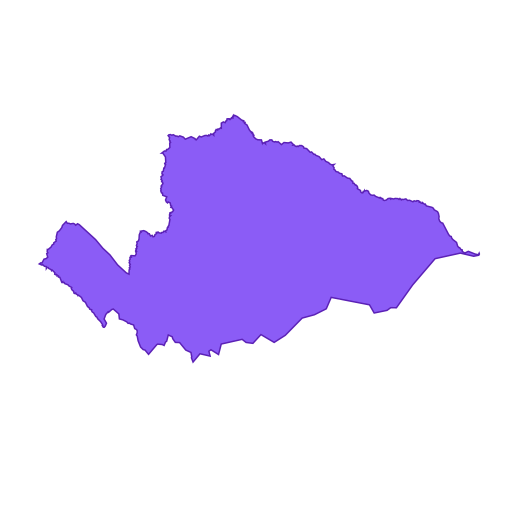 outline of Nakonde, Muchinga, Zambia, rotated 133°
{"feature_id": "96606910B77888556336058", "entity_name": "Nakonde", "entity_type": "district", "adm_level": 2, "iso_a3": "ZMB", "parent_name": "Zambia", "parent_adm1": "Muchinga", "projection": "natural_earth1", "projection_center": [32.444, -9.465], "detail": "fine", "context": "isolated", "style": "filled", "palette": "violet", "viewbox_px": 512, "rotation_deg": 133, "n_neighbors": 0, "source": "geoboundaries", "source_scale": "gbopen_adm2", "svg_char_len": 6164}
<svg xmlns="http://www.w3.org/2000/svg" viewBox="0 0 512 512"><g transform="rotate(133 256 256)"><path d="M226.9,402.4L227.9,402.4L228.3,400.0L230.2,398.8L230.5,397.2L231.3,396.9L231.2,396.0L232.5,395.9L235.4,393.0L238.5,393.3L239.1,394.0L240.7,393.4L241.7,394.6L245.0,395.1L244.3,394.4L245.3,389.8L249.2,385.7L250.5,386.0L250.9,385.5L250.7,384.6L254.2,382.9L254.6,383.4L257.2,381.6L258.4,382.1L260.1,380.8L260.0,379.5L260.6,379.2L262.8,379.6L264.0,377.8L264.8,377.7L264.8,376.1L266.0,375.7L265.8,374.6L266.6,373.4L269.6,373.1L269.7,372.2L271.8,371.6L272.3,370.5L273.3,370.1L274.3,368.1L273.8,367.3L275.2,365.6L273.6,361.6L276.7,360.4L277.6,358.5L277.5,356.9L276.4,357.1L275.7,354.9L277.4,352.7L277.1,351.8L278.4,351.4L277.9,350.9L278.6,347.6L280.6,347.2L283.0,348.3L283.2,347.5L283.8,347.9L285.1,347.2L285.4,346.6L284.8,345.9L286.6,345.9L287.7,345.0L287.9,343.9L293.2,340.5L294.4,340.5L294.7,339.9L295.9,340.1L297.5,338.9L299.5,339.3L299.9,338.6L300.6,340.3L302.2,340.1L303.1,341.0L304.0,340.9L305.3,342.9L305.2,343.9L306.8,345.0L307.2,344.0L309.2,344.5L311.0,343.7L312.2,344.4L311.7,346.0L313.3,346.8L312.5,349.2L313.4,350.2L312.9,350.8L313.2,353.2L314.0,355.4L316.7,357.4L317.0,356.4L317.5,356.8L320.0,355.9L323.4,353.1L325.3,352.3L327.0,352.8L328.1,351.3L329.8,350.7L330.1,349.3L330.7,349.5L331.9,348.3L332.8,348.7L333.1,347.8L334.0,347.7L334.1,346.6L334.9,346.9L335.4,345.7L336.5,344.9L338.4,344.6L340.8,347.6L341.5,347.6L341.9,346.4L343.0,347.2L344.3,345.8L345.6,345.7L346.4,344.4L347.4,344.2L347.9,342.2L349.0,342.2L349.8,340.5L351.1,340.6L351.5,339.4L352.7,339.3L355.9,336.5L356.8,339.4L356.9,351.1L354.8,363.6L354.8,373.3L353.4,384.5L353.6,406.6L354.1,408.5L356.5,408.9L356.3,410.5L356.8,411.9L359.1,413.6L359.6,415.1L360.8,416.3L360.3,418.3L365.6,418.4L367.7,417.4L371.7,417.0L374.1,417.5L378.1,415.2L379.5,413.6L380.6,413.6L381.3,412.3L384.2,412.9L385.1,412.1L386.9,412.6L389.2,412.0L393.1,412.5L393.5,413.1L395.2,411.7L395.7,410.4L397.0,410.7L398.9,407.5L401.0,407.7L402.9,408.9L407.0,407.8L407.9,408.8L409.6,409.1L408.6,406.3L407.8,406.1L407.8,403.7L406.7,402.1L408.1,400.8L406.9,401.0L406.2,400.1L406.5,399.2L405.7,396.5L406.2,395.5L405.3,395.4L405.4,391.7L406.6,390.8L406.2,389.5L405.6,389.4L405.6,388.5L406.3,387.9L405.3,386.9L406.1,386.1L405.4,384.9L407.7,380.1L406.5,379.8L407.1,379.0L406.2,378.2L406.6,376.9L405.3,374.0L405.5,372.5L404.7,369.3L405.8,368.9L406.3,367.3L406.2,365.4L407.3,363.7L407.0,362.9L406.0,362.6L406.5,361.5L405.9,359.5L406.4,359.2L405.6,358.4L405.4,355.4L406.7,352.0L406.2,349.2L407.9,344.7L407.6,342.8L408.3,341.4L407.4,339.6L408.0,339.3L408.6,337.6L408.3,336.0L409.5,331.9L409.2,330.8L409.9,328.9L410.0,324.8L410.8,321.7L411.3,320.7L411.7,320.9L412.2,319.1L411.7,318.4L410.2,318.4L407.1,319.5L405.7,324.1L401.2,326.0L397.6,326.1L397.7,325.4L393.5,325.0L392.1,324.2L391.9,316.8L395.2,313.0L393.5,309.8L392.3,305.6L392.5,303.6L391.3,302.6L391.4,301.6L389.9,298.5L391.8,295.2L391.3,293.2L391.7,291.9L393.4,290.4L395.3,289.7L395.6,288.2L398.4,284.4L401.3,278.3L401.4,274.7L400.5,273.0L401.2,267.5L388.4,268.1L387.5,267.8L384.7,264.2L384.1,262.2L380.6,263.5L379.3,263.2L373.6,266.3L372.2,262.2L373.3,260.4L374.2,256.1L371.4,252.8L372.7,243.2L370.9,237.8L373.5,234.3L374.5,233.8L376.5,229.7L365.7,230.3L360.5,221.3L357.8,225.5L355.3,225.0L353.6,216.2L344.1,221.4L326.4,209.3L326.0,204.3L322.0,198.7L310.1,198.8L306.8,183.8L294.0,180.5L269.9,179.9L259.1,173.2L246.7,168.6L235.0,172.8L214.3,139.7L217.1,130.7L206.4,123.1L201.9,122.2L198.1,118.0L170.3,121.7L135.8,123.2L114.5,108.5L107.7,96.6L103.5,93.6L102.2,94.0L101.8,94.7L103.4,94.2L105.1,97.0L107.8,103.9L111.4,105.3L112.0,108.2L110.9,109.4L111.5,110.5L111.0,112.8L111.5,113.4L111.3,115.2L109.3,118.6L109.7,123.2L109.5,124.9L108.6,126.5L109.2,127.7L108.9,129.8L104.6,141.9L105.3,143.1L105.3,145.2L104.1,147.7L102.3,149.0L100.4,151.7L99.8,153.5L100.7,157.3L100.1,158.8L100.4,160.5L103.2,165.6L102.6,167.6L103.2,167.8L103.4,170.3L103.8,169.9L104.7,171.4L104.3,172.3L105.3,173.2L104.7,173.6L104.7,174.7L105.8,176.1L106.8,176.2L107.8,178.0L109.3,178.2L110.5,181.7L112.0,183.0L112.0,185.3L114.5,187.0L114.9,187.9L115.9,188.0L115.8,190.0L117.1,190.0L117.2,191.3L119.0,193.5L120.5,194.3L121.5,196.1L122.5,196.2L122.2,197.2L123.9,198.6L126.3,198.9L127.9,200.0L128.3,201.0L127.6,202.5L128.5,203.5L128.2,204.5L128.5,205.2L129.2,205.0L130.8,209.1L130.9,211.2L132.2,212.2L133.1,213.9L132.9,216.5L132.0,217.9L132.5,219.7L134.7,221.0L134.4,221.3L135.8,221.1L135.9,221.5L137.0,221.0L137.7,221.8L137.7,223.2L136.8,224.3L137.6,227.8L136.5,228.4L135.9,229.6L135.9,231.4L136.4,231.7L136.0,233.9L136.7,234.6L135.4,236.3L135.8,237.3L135.3,240.3L136.6,242.1L137.2,246.1L138.5,247.3L137.3,249.3L138.6,251.4L138.5,253.0L139.7,255.1L139.2,256.8L139.5,258.1L138.1,259.2L137.9,260.7L137.3,261.4L135.8,261.3L137.7,262.8L138.3,264.8L138.2,266.7L139.2,269.4L138.7,272.6L140.7,273.6L140.3,277.6L141.6,281.0L141.4,282.4L142.2,283.0L142.0,286.3L143.2,287.0L142.9,292.2L144.4,294.6L143.7,295.8L144.1,297.9L145.6,299.6L147.2,299.8L147.5,300.9L148.2,300.9L148.9,302.1L148.7,303.7L149.5,304.4L149.0,304.4L148.8,308.1L151.3,309.5L153.9,312.9L157.2,313.4L157.3,317.8L158.3,318.2L159.0,319.8L159.9,320.1L160.8,322.1L160.3,323.6L161.7,325.1L163.5,325.2L166.4,326.9L167.4,325.7L167.3,327.2L168.3,327.4L168.6,328.4L169.2,328.2L167.4,331.2L169.8,334.0L170.5,336.1L170.4,338.8L170.0,340.0L169.1,339.9L169.0,342.2L168.3,342.1L168.2,343.5L168.8,343.4L168.3,346.9L166.3,352.0L166.8,354.8L165.7,355.1L166.4,356.9L165.5,357.2L166.4,359.3L166.8,364.7L167.7,367.6L168.8,367.7L168.5,368.5L170.0,368.1L170.6,367.1L171.0,367.8L171.7,367.6L171.7,368.2L173.9,368.0L174.3,368.6L173.9,369.2L175.4,370.7L177.0,369.7L177.6,370.1L179.5,369.5L180.2,371.3L182.5,372.0L186.2,368.5L186.6,369.4L187.9,369.4L189.2,370.5L190.0,370.0L190.6,371.4L192.3,371.0L192.8,370.3L195.3,370.6L196.5,369.3L196.5,370.9L197.5,371.6L197.5,372.3L199.7,372.1L199.9,373.2L201.0,373.0L201.6,374.5L202.8,375.6L206.3,377.2L207.0,379.1L211.8,378.9L212.2,379.9L211.7,380.6L213.0,384.8L218.8,387.4L218.6,390.2L220.1,393.7L221.8,394.2L222.2,395.7L223.0,396.2L223.7,399.2L225.1,400.0L225.6,401.5L226.9,402.4Z" fill="#8b5cf6" stroke="#5b21b6" stroke-width="1.5"/></g></svg>